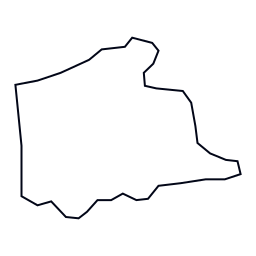 Mġarr, Mercator projection
{"feature_id": "MLT-5924", "entity_name": "Mġarr", "entity_type": "state/province", "adm_level": 1, "iso_a3": "MLT", "parent_name": "Malta", "parent_adm1": "", "projection": "mercator", "projection_center": [14.373, 35.916], "detail": "fine", "context": "isolated", "style": "outline", "palette": "ink", "viewbox_px": 256, "rotation_deg": 0, "n_neighbors": 0, "source": "natural_earth", "source_scale": "10m", "svg_char_len": 556}
<svg xmlns="http://www.w3.org/2000/svg" viewBox="0 0 256 256"><path d="M21.5,196.2L21.5,145.8L15.4,84.8L37.5,80.6L60.7,72.8L89.1,59.8L101.7,49.4L124.9,46.8L132.2,37.7L152.2,42.9L158.5,50.7L153.3,63.7L143.8,72.8L144.9,85.8L156.4,88.4L182.8,91.0L191.2,102.7L195.4,126.1L197.5,143.0L210.1,153.4L225.9,159.9L237.5,161.2L240.6,174.1L224.9,179.3L205.9,179.3L180.6,183.2L158.5,185.8L148.0,198.8L136.4,200.1L122.8,193.6L111.2,200.1L97.5,200.1L87.0,211.8L78.6,218.3L65.9,217.0L51.2,201.4L37.5,205.3L21.5,196.2Z" fill="none" stroke="#020617" stroke-width="2"/></svg>